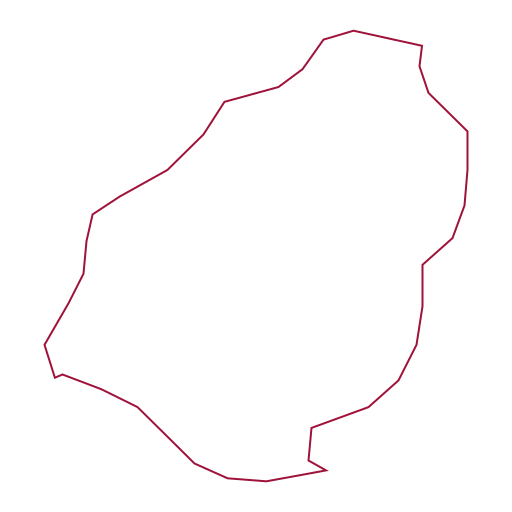 the district of Seongnam-si, Gyeonggi, South Korea
{"feature_id": "91817680B94836834309250", "entity_name": "Seongnam-si", "entity_type": "district", "adm_level": 2, "iso_a3": "KOR", "parent_name": "South Korea", "parent_adm1": "Gyeonggi", "projection": "natural_earth1", "projection_center": [127.117, 37.399], "detail": "fine", "context": "isolated", "style": "outline", "palette": "rose", "viewbox_px": 512, "rotation_deg": 0, "n_neighbors": 0, "source": "geoboundaries", "source_scale": "gbopen_adm2", "svg_char_len": 613}
<svg xmlns="http://www.w3.org/2000/svg" viewBox="0 0 512 512"><path d="M422.0,45.8L353.5,30.7L350.2,31.7L323.5,39.6L308.0,61.5L302.5,69.2L278.5,87.0L225.7,101.5L224.5,101.8L203.5,134.4L167.5,169.9L119.6,196.6L104.1,206.8L92.6,214.4L88.4,232.8L86.5,241.1L83.5,273.7L68.5,303.3L44.5,344.8L54.9,377.7L62.5,374.5L101.5,389.3L137.5,407.1L170.5,439.7L194.5,463.5L227.5,478.3L266.5,481.3L326.0,470.4L308.5,460.5L311.5,427.9L368.5,407.1L398.5,380.4L416.5,344.8L422.5,306.3L422.5,264.8L452.5,238.1L464.5,205.5L467.5,169.9L467.5,131.4L428.5,92.9L419.5,66.3L422.0,45.8Z" fill="none" stroke="#9f1239" stroke-width="2"/></svg>